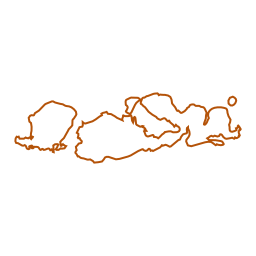 the Province of Nusa Tenggara Barat
{"feature_id": "IDN-555", "entity_name": "Nusa Tenggara Barat", "entity_type": "Province", "adm_level": 1, "iso_a3": "IDN", "parent_name": "Indonesia", "parent_adm1": "", "projection": "mercator", "projection_center": [117.655, -8.595], "detail": "fine", "context": "isolated", "style": "outline", "palette": "amber", "viewbox_px": 256, "rotation_deg": 0, "n_neighbors": 0, "source": "natural_earth", "source_scale": "10m", "svg_char_len": 5911}
<svg xmlns="http://www.w3.org/2000/svg" viewBox="0 0 256 256"><path d="M240.6,129.0L239.7,129.5L240.0,130.1L239.1,130.8L238.7,131.3L238.7,132.3L238.9,133.3L239.7,135.1L238.9,135.5L239.2,136.5L237.2,137.9L236.3,138.1L235.1,137.4L234.8,138.3L234.4,138.7L233.8,138.6L232.2,137.7L230.6,138.1L226.5,138.8L225.2,138.5L223.4,137.1L221.9,134.9L221.4,134.5L220.3,134.3L219.8,134.6L219.6,135.3L219.1,136.0L217.5,136.5L214.6,135.7L213.1,136.5L211.4,135.8L210.1,136.3L208.9,137.3L207.2,138.3L208.8,139.8L209.4,140.1L215.4,140.2L220.9,141.1L222.2,141.6L223.5,143.5L223.7,144.1L223.3,144.6L222.5,144.9L220.9,145.2L218.2,144.8L216.8,144.3L216.5,144.8L215.7,145.2L212.2,142.6L210.9,141.9L208.0,141.8L205.0,142.3L191.3,146.2L187.9,145.4L186.2,141.5L186.4,139.8L188.5,137.1L189.3,135.5L189.6,134.4L189.6,133.3L189.3,131.3L188.0,128.3L188.0,127.1L187.0,128.0L186.8,129.5L187.1,132.5L186.6,133.3L184.0,134.0L182.9,134.5L181.1,136.9L180.0,139.5L179.4,139.8L178.6,139.9L170.8,146.4L169.7,146.7L166.8,145.2L165.6,144.8L162.8,145.7L162.6,145.4L161.9,145.2L161.4,146.0L160.9,146.4L160.2,147.3L153.0,151.0L152.3,150.5L151.8,150.4L150.7,150.8L150.0,149.3L149.6,148.9L148.6,148.9L147.3,150.3L146.1,150.8L145.2,150.8L144.1,150.3L143.5,150.0L142.8,149.2L141.9,149.4L138.1,151.1L130.8,155.4L128.1,156.5L119.5,158.9L115.9,159.3L108.6,156.9L106.4,156.9L105.0,157.5L103.8,159.4L102.0,161.5L98.3,162.2L94.2,162.6L93.0,161.1L90.2,159.4L88.8,159.6L87.3,159.6L83.6,158.4L82.1,158.2L80.6,157.8L78.5,156.2L77.7,156.4L76.6,154.2L75.4,152.8L75.6,151.7L76.7,150.1L76.3,148.9L75.9,146.8L77.5,145.2L78.7,143.6L81.3,143.0L81.8,141.7L81.6,140.9L80.5,139.9L79.6,138.1L78.3,138.3L77.8,137.6L78.4,135.4L78.3,133.7L76.8,132.8L79.5,127.2L82.3,126.6L82.8,125.2L82.7,122.1L84.0,123.2L84.6,123.4L85.5,123.5L92.5,121.3L95.7,119.4L99.6,116.5L102.0,115.2L101.4,113.7L102.9,112.9L105.1,112.4L106.6,111.9L107.9,113.8L111.0,114.1L111.8,114.5L112.7,115.1L114.6,116.1L117.1,117.9L122.5,120.3L122.1,119.2L123.0,116.8L123.1,115.5L123.4,115.4L124.8,116.1L128.2,116.1L129.9,115.8L130.8,115.2L131.5,116.3L132.1,120.7L133.1,122.5L133.5,121.1L133.6,117.9L134.5,117.0L135.2,117.4L135.5,118.7L136.0,123.2L136.2,124.3L136.9,125.0L140.2,126.7L142.3,126.0L143.2,126.2L142.7,127.1L144.0,127.6L144.5,128.0L145.1,128.6L144.6,129.3L144.6,129.7L146.0,130.2L146.4,130.9L145.0,130.9L144.1,131.3L144.6,132.3L145.5,134.8L146.1,135.7L147.3,136.4L148.5,136.4L152.7,135.0L153.2,135.1L153.6,135.5L153.9,136.9L155.9,137.1L157.2,137.5L158.2,138.3L159.5,137.2L162.3,134.3L163.5,133.6L164.0,133.0L164.7,132.5L164.8,132.1L168.5,131.4L170.8,131.3L173.1,132.3L176.7,132.2L178.0,131.8L179.1,131.1L179.7,130.0L179.7,128.7L179.2,127.5L178.3,126.6L177.2,126.2L175.9,124.8L175.1,125.9L174.3,126.7L173.2,124.9L170.2,122.4L169.2,120.7L168.8,120.7L168.1,121.3L167.2,120.8L165.3,118.6L164.1,118.2L162.7,118.7L160.5,119.8L159.5,119.5L158.3,118.9L157.3,118.3L156.3,117.0L152.4,114.7L148.5,111.7L145.1,107.3L143.2,105.9L141.8,104.3L141.1,104.1L140.7,103.3L141.0,101.6L142.2,98.5L143.0,97.8L143.6,97.6L144.5,97.6L146.6,96.2L147.8,96.0L153.3,93.9L154.8,93.6L157.5,93.4L158.0,93.8L158.8,95.2L159.4,95.0L160.0,94.6L160.6,94.6L161.9,94.8L165.1,94.9L168.0,95.5L170.3,96.9L171.5,99.5L172.1,103.5L175.2,107.3L176.6,110.0L177.2,110.8L177.6,110.9L178.4,110.6L180.6,112.7L181.1,112.9L182.2,112.6L184.7,111.1L186.4,109.3L186.9,108.7L187.1,108.0L189.0,106.9L189.9,105.2L191.2,104.6L192.7,104.4L193.9,104.5L195.6,105.8L196.4,105.9L199.2,105.9L199.7,106.1L200.8,106.8L203.5,107.3L204.6,108.4L206.7,112.9L206.3,114.0L206.0,115.7L205.8,118.6L204.1,123.3L204.0,124.4L204.8,124.7L205.9,123.8L206.8,122.5L208.0,119.6L208.8,118.3L208.7,117.6L208.1,116.1L208.2,113.4L209.1,111.4L210.6,109.8L212.2,108.7L214.5,107.8L217.7,107.3L220.9,107.3L223.7,107.8L225.2,108.2L226.3,108.7L226.9,109.5L227.3,111.0L227.5,112.9L228.5,116.1L230.5,119.6L230.1,122.2L229.1,124.8L229.6,127.1L229.6,128.8L229.8,130.3L230.5,131.4L232.1,131.8L234.4,131.1L235.7,130.5L236.5,130.0L236.4,129.3L236.0,128.3L237.4,127.9L237.7,127.5L237.8,126.0L238.2,125.6L239.1,126.5L240.6,129.0ZM69.1,106.4L71.4,107.3L73.9,109.2L75.9,111.6L76.4,114.2L75.9,115.4L73.7,118.7L73.0,119.3L72.5,120.2L72.3,125.3L71.4,126.5L68.7,129.3L68.1,130.6L63.9,138.1L61.5,140.4L60.2,142.0L60.7,144.0L60.6,145.0L60.8,145.7L61.5,145.8L62.1,144.7L62.9,144.2L63.3,144.9L64.2,145.1L65.0,145.8L66.1,146.1L64.5,148.3L61.8,148.7L60.8,148.3L58.5,149.9L56.6,149.9L55.7,149.3L57.0,147.6L58.3,144.5L57.2,144.1L55.0,144.3L53.3,145.5L53.7,152.2L52.8,151.9L52.7,150.1L52.1,149.4L51.5,149.3L50.9,150.2L50.3,150.3L49.3,148.8L48.7,148.5L47.5,148.7L45.0,149.7L43.8,149.9L43.4,149.7L43.0,149.1L42.6,148.9L41.8,149.1L40.9,149.8L40.5,149.9L39.9,149.5L38.7,147.7L38.0,147.1L37.0,146.9L33.9,146.8L33.6,147.8L32.9,148.3L31.9,148.2L31.1,147.5L31.8,147.2L32.3,146.7L32.4,146.2L32.0,145.7L31.4,145.6L29.5,146.2L29.2,146.6L29.5,148.7L28.8,149.1L28.1,149.1L26.9,148.5L26.6,147.9L26.0,146.3L25.6,145.7L24.7,145.1L24.0,145.5L23.1,145.7L22.0,145.5L18.0,143.2L16.1,142.9L15.4,141.2L15.5,139.8L15.7,138.3L16.7,136.7L18.0,137.1L18.7,136.7L19.6,138.7L23.8,138.7L25.7,137.5L26.3,137.9L28.3,138.3L29.5,137.4L30.2,137.4L30.6,138.4L31.2,139.1L32.0,138.0L32.6,137.6L32.9,136.9L30.8,136.0L31.0,133.2L31.5,130.9L31.6,126.8L31.0,123.0L29.4,121.6L28.7,117.8L30.1,115.8L31.4,115.2L33.3,115.4L33.9,115.2L35.0,113.1L38.9,110.6L44.8,104.5L45.9,103.8L51.9,101.4L53.1,101.4L55.1,102.5L60.0,103.8L62.8,104.3L65.0,105.6L66.2,106.0L69.1,106.4ZM137.9,97.8L139.7,98.9L140.0,99.7L139.8,100.2L138.1,101.3L136.3,102.9L135.0,104.9L131.4,112.4L130.5,113.4L129.2,113.8L126.4,112.2L125.9,111.4L126.0,111.0L126.7,110.1L127.7,107.7L127.6,106.8L126.9,105.7L125.9,105.0L125.8,104.7L125.6,101.9L125.7,101.0L126.0,100.2L126.5,99.7L130.2,97.9L131.2,97.6L137.9,97.8ZM232.8,96.7L234.6,97.7L235.8,99.0L236.2,100.7L235.5,102.7L234.8,103.7L233.7,104.8L232.3,105.5L230.5,105.4L228.6,103.6L228.4,100.6L229.9,97.8L232.8,96.7Z" fill="none" stroke="#b45309" stroke-width="2"/></svg>